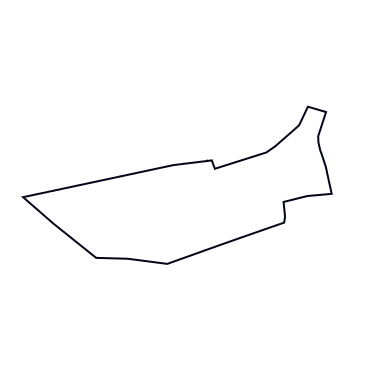 Santa Catarina Minas, Oaxaca, Mexico, rotated 245°
{"feature_id": "50627088B70171600185604", "entity_name": "Santa Catarina Minas", "entity_type": "district", "adm_level": 2, "iso_a3": "MEX", "parent_name": "Mexico", "parent_adm1": "Oaxaca", "projection": "equal_earth", "projection_center": [-96.62, 16.79], "detail": "fine", "context": "isolated", "style": "outline", "palette": "ink", "viewbox_px": 384, "rotation_deg": 245, "n_neighbors": 0, "source": "geoboundaries", "source_scale": "gbopen_adm2", "svg_char_len": 931}
<svg xmlns="http://www.w3.org/2000/svg" viewBox="0 0 384 384"><g transform="rotate(245 192 192)"><path d="M220.3,333.1L207.2,317.3L206.3,314.4L198.2,286.6L196.4,276.1L203.4,222.5L203.9,222.6L204.9,222.7L205.7,222.7L206.8,222.8L212.3,223.3L212.9,221.3L213.4,219.7L213.9,219.3L214.0,218.8L213.7,218.7L215.3,214.0L224.2,186.7L258.7,36.7L221.8,53.1L172.8,77.3L158.7,105.5L137.3,139.2L136.8,144.6L136.0,153.1L135.6,157.6L134.8,166.0L133.6,179.3L132.6,189.5L131.9,197.3L131.8,197.6L131.8,198.1L131.0,205.9L130.8,208.4L129.8,218.5L127.0,246.4L125.3,262.6L130.3,265.9L144.3,270.8L140.6,289.8L140.1,292.1L139.5,295.3L138.9,296.8L137.6,300.4L133.3,312.2L132.3,315.0L131.3,317.8L131.7,317.9L135.6,318.8L140.5,319.9L143.8,320.6L146.6,321.3L149.3,321.9L152.2,322.5L154.1,323.0L154.5,323.1L155.9,323.4L158.9,324.0L170.6,325.4L175.9,325.9L183.7,327.6L189.3,330.0L207.8,347.3L220.3,333.1Z" fill="none" stroke="#020617" stroke-width="2"/></g></svg>